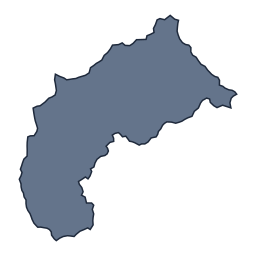 the district of Vargem Grande do Sul, São Paulo, Brazil
{"feature_id": "56859067B45488213121507", "entity_name": "Vargem Grande do Sul", "entity_type": "district", "adm_level": 2, "iso_a3": "BRA", "parent_name": "Brazil", "parent_adm1": "São Paulo", "projection": "robinson", "projection_center": [-46.893, -21.868], "detail": "fine", "context": "isolated", "style": "filled", "palette": "slate", "viewbox_px": 256, "rotation_deg": 0, "n_neighbors": 0, "source": "geoboundaries", "source_scale": "gbopen_adm2", "svg_char_len": 2416}
<svg xmlns="http://www.w3.org/2000/svg" viewBox="0 0 256 256"><path d="M74.1,236.5L76.2,234.3L80.0,231.2L83.7,229.7L87.7,227.9L90.2,229.5L93.1,224.9L92.8,220.6L93.1,217.3L93.7,213.9L92.3,209.4L93.7,205.2L91.6,203.0L86.5,203.0L85.1,197.1L81.5,195.2L83.1,191.8L81.8,187.6L79.3,184.3L78.5,181.5L81.2,179.8L85.4,177.0L88.0,178.9L90.0,176.0L91.7,171.5L90.5,168.9L93.9,167.0L95.0,163.0L97.0,159.3L100.7,156.4L104.9,155.5L107.1,153.9L108.4,151.0L107.6,148.4L106.1,146.2L109.9,142.4L113.7,141.4L113.6,138.2L112.3,135.1L115.0,133.4L118.4,132.6L120.4,134.3L122.5,136.8L125.8,136.2L127.8,138.8L129.5,141.2L132.1,141.7L134.7,142.7L139.2,145.1L141.6,143.9L144.9,143.9L148.0,142.0L151.2,137.9L156.1,136.9L157.7,134.3L158.4,131.5L160.8,128.8L162.5,125.4L164.4,123.4L166.8,121.9L171.5,122.1L175.7,123.2L179.2,122.2L181.9,121.2L184.7,119.4L187.8,117.8L192.0,116.3L194.3,111.3L198.4,108.0L200.6,102.9L202.5,100.4L206.6,98.1L209.6,99.0L210.3,102.4L213.8,105.7L217.0,107.6L222.6,105.2L226.9,106.6L230.9,107.9L229.9,102.9L231.2,98.2L233.3,96.1L236.7,94.2L234.8,91.8L232.1,90.3L228.8,89.8L225.0,88.1L222.8,86.3L219.4,85.1L219.5,80.3L217.8,77.3L214.9,76.5L211.7,74.4L207.6,70.1L205.0,66.4L201.0,64.3L198.2,60.5L196.1,57.2L192.6,55.2L190.8,51.8L190.9,47.6L188.8,45.1L185.5,44.5L182.4,42.6L179.6,38.8L178.0,34.5L177.1,31.1L177.4,27.5L177.8,23.6L178.5,20.3L174.7,19.2L170.2,15.4L167.2,17.7L164.7,19.7L159.9,18.6L157.1,19.9L155.4,24.7L153.5,28.4L154.0,32.5L150.3,34.4L147.0,35.7L146.1,39.4L140.7,39.6L136.5,39.7L133.2,43.3L129.8,45.6L125.1,45.4L122.2,42.9L118.6,44.6L112.5,45.1L110.4,48.9L107.6,52.6L104.2,55.4L101.8,60.1L99.0,61.9L96.3,63.4L93.9,65.4L90.5,67.7L89.1,72.9L85.4,75.3L78.7,77.3L75.9,78.5L72.5,78.9L69.5,79.4L66.6,79.8L64.0,78.0L59.7,76.4L55.4,74.2L54.6,79.8L55.4,83.7L56.4,90.5L55.1,95.0L51.9,97.0L48.8,98.2L45.0,102.1L40.1,105.8L37.1,106.2L33.1,108.1L34.0,114.1L34.7,118.1L35.3,120.9L36.4,124.3L37.6,128.3L36.8,131.5L34.1,135.7L30.2,135.9L27.8,136.9L27.2,142.3L27.1,145.9L27.2,150.2L27.1,156.1L23.9,159.1L22.5,162.9L21.7,165.6L20.4,169.2L22.0,172.4L21.1,175.6L19.3,179.2L21.0,183.8L21.1,186.9L21.9,190.4L23.4,192.9L24.1,196.9L26.0,199.9L26.0,203.6L26.5,207.2L27.9,210.5L30.0,213.6L31.2,216.7L32.2,219.6L34.0,223.2L37.7,227.2L40.7,227.1L43.9,227.7L47.0,228.2L49.4,229.5L51.2,231.8L51.6,235.2L54.2,238.8L56.3,240.6L59.6,238.2L63.2,236.5L67.5,235.7L70.7,236.0L74.1,236.5Z" fill="#64748b" stroke="#1e293b" stroke-width="1.5"/></svg>